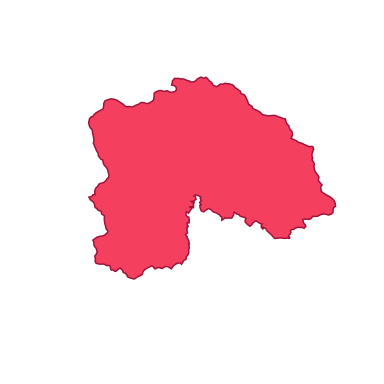 Tram Tau, Yên Bái, Vietnam, rotated 126°
{"feature_id": "81297802B29855819440848", "entity_name": "Tram Tau", "entity_type": "district", "adm_level": 2, "iso_a3": "VNM", "parent_name": "Vietnam", "parent_adm1": "Yên Bái", "projection": "equal_earth", "projection_center": [104.472, 21.51], "detail": "fine", "context": "isolated", "style": "filled", "palette": "rose", "viewbox_px": 384, "rotation_deg": 126, "n_neighbors": 0, "source": "geoboundaries", "source_scale": "gbopen_adm2", "svg_char_len": 6013}
<svg xmlns="http://www.w3.org/2000/svg" viewBox="0 0 384 384"><g transform="rotate(126 192 192)"><path d="M240.5,271.9L242.9,271.7L245.4,272.1L246.3,271.9L248.6,271.1L250.1,270.0L251.1,268.9L252.3,270.5L254.7,270.6L256.7,272.4L257.7,270.7L258.0,269.8L258.2,265.8L258.6,264.8L259.8,263.0L261.2,261.8L261.4,260.9L261.4,259.2L261.9,257.3L261.7,256.3L261.1,254.7L261.7,253.4L262.5,252.8L263.0,251.6L262.7,250.3L262.9,248.6L265.4,247.2L268.3,244.5L272.4,239.6L272.7,238.6L272.8,237.4L273.3,236.9L273.6,236.7L275.7,236.7L278.3,237.4L280.4,238.7L281.8,240.4L284.6,242.4L289.2,243.9L290.4,241.9L292.7,240.0L293.5,238.2L294.0,236.2L295.6,234.4L296.1,233.4L297.5,233.3L298.6,232.8L300.3,233.1L301.1,232.9L301.5,232.5L302.3,231.2L304.5,230.0L305.7,228.6L306.0,227.6L305.3,225.6L304.2,223.6L302.5,221.6L301.9,220.1L301.8,218.0L299.9,215.5L300.3,214.5L302.5,212.0L302.5,211.3L301.4,210.0L301.6,207.9L301.5,207.6L300.4,206.7L298.4,206.4L295.6,205.3L295.9,204.6L296.2,202.0L297.5,200.3L297.5,199.5L296.6,198.3L296.7,197.8L297.5,196.6L297.3,195.3L298.1,194.9L298.6,194.3L297.9,191.6L296.6,188.0L295.8,187.2L293.3,186.5L288.3,183.8L287.2,183.9L285.7,184.7L283.0,184.7L280.0,183.6L275.8,181.4L275.3,180.8L275.2,179.4L275.7,178.5L276.0,176.7L274.8,176.2L272.6,174.4L272.4,174.2L272.0,172.6L271.3,171.0L269.7,170.6L268.2,169.8L267.4,169.0L266.9,168.1L266.5,166.9L266.3,163.6L262.0,163.6L260.0,162.7L258.9,162.7L258.5,161.7L257.1,160.9L256.5,160.2L256.4,158.9L256.6,158.0L251.9,158.3L251.3,158.1L250.7,157.5L249.8,157.3L247.7,158.6L245.8,158.4L243.7,158.7L242.2,159.5L240.4,161.0L239.4,161.0L238.6,161.5L236.6,163.5L235.9,163.4L235.6,163.6L235.6,164.7L234.4,164.8L233.1,166.3L233.0,167.1L232.3,167.6L232.2,169.0L231.0,169.7L230.6,171.5L230.2,172.2L229.8,172.3L228.2,171.6L227.5,171.7L225.9,173.7L224.7,174.1L224.0,175.6L223.5,175.6L222.6,174.8L222.2,174.8L221.8,175.3L221.2,176.7L219.7,178.0L219.4,177.9L218.9,176.3L218.7,176.2L215.8,178.0L215.4,178.9L214.3,179.6L214.6,181.3L214.5,182.8L213.5,183.8L212.3,184.5L211.3,185.0L211.1,184.1L211.2,182.4L205.1,182.6L205.0,183.4L205.6,184.7L205.4,185.1L203.7,183.1L204.0,182.1L203.9,181.7L203.0,182.1L200.9,183.7L199.5,184.1L199.6,184.5L200.3,185.6L200.0,186.8L199.5,185.6L198.5,185.7L198.3,184.8L197.4,185.0L195.4,184.4L194.8,185.7L194.2,185.9L193.9,186.5L193.9,187.6L194.1,188.8L193.5,187.8L193.0,187.4L192.2,187.3L191.9,187.1L190.7,182.4L192.4,181.6L192.5,180.5L193.3,180.3L193.5,179.3L195.2,179.7L196.2,179.5L196.5,177.6L197.1,177.0L197.4,176.9L197.9,177.8L198.1,177.9L198.8,177.4L200.4,175.7L201.3,174.3L201.8,173.4L201.7,172.4L201.1,170.8L199.3,170.4L195.6,168.9L195.2,167.0L195.2,165.8L195.6,163.2L194.5,159.5L194.6,158.2L194.3,156.2L194.9,154.9L194.8,153.4L196.3,151.9L197.3,151.3L195.0,150.3L193.8,150.3L193.3,150.0L193.1,148.7L192.2,148.2L189.8,144.5L186.2,144.8L184.4,145.8L183.3,145.9L183.6,143.0L182.7,140.9L183.1,139.7L183.1,138.8L182.8,137.4L181.7,134.5L181.6,133.1L181.9,132.8L183.8,132.3L184.9,131.5L185.6,128.6L185.7,125.1L184.5,124.5L180.9,124.5L177.7,123.4L177.7,122.1L177.5,118.7L177.2,117.3L176.6,116.4L178.4,116.2L179.7,115.3L180.0,114.7L180.3,112.9L179.6,113.1L179.2,113.9L178.7,113.9L178.3,110.9L179.4,108.1L180.0,102.4L181.0,98.2L180.9,97.7L177.1,93.4L175.1,89.8L173.3,87.9L172.4,86.2L172.0,85.9L171.6,86.0L171.2,86.7L170.9,88.1L170.5,88.3L168.0,87.8L166.5,88.2L165.7,89.3L165.2,89.7L164.3,89.5L163.7,89.2L162.4,87.6L160.6,87.2L158.4,85.7L155.9,81.9L155.5,80.0L154.7,80.0L153.1,79.6L152.5,80.3L151.9,81.2L151.6,83.0L151.2,83.9L150.3,84.8L149.5,86.0L148.8,86.1L148.2,85.7L147.2,83.9L146.4,83.2L145.5,81.4L143.7,80.1L140.7,80.1L140.6,79.6L138.0,76.3L135.2,74.8L134.0,74.4L132.1,72.2L130.1,67.7L127.5,66.1L125.4,66.0L123.2,67.7L121.7,68.1L120.1,67.9L119.1,67.5L117.2,69.3L116.2,70.5L115.4,72.1L114.9,74.4L114.8,78.5L115.1,79.0L115.7,86.1L115.5,87.7L112.9,90.4L111.9,90.9L109.9,90.9L108.7,95.7L108.2,96.6L106.9,97.5L105.7,97.7L105.0,98.6L102.9,104.9L100.2,107.9L99.6,108.4L97.9,109.2L97.3,109.8L96.1,111.8L95.6,113.5L95.1,114.1L94.1,114.0L91.6,116.8L91.0,117.1L88.4,118.1L85.9,118.7L84.5,120.6L84.3,121.0L84.4,121.6L86.4,123.8L87.6,129.2L87.9,131.4L89.3,135.4L89.1,137.6L90.5,143.4L88.2,143.8L86.8,144.3L85.2,145.6L84.2,146.9L83.5,149.7L82.4,151.9L81.3,152.8L81.3,154.5L80.3,156.7L78.1,159.3L78.0,159.8L79.3,161.9L79.3,163.1L79.6,164.4L80.3,165.9L80.7,167.9L81.5,170.2L82.4,171.5L85.4,174.8L87.9,180.1L87.9,180.8L87.4,183.5L87.8,187.8L88.7,191.4L88.6,192.0L87.5,193.6L87.6,197.7L83.8,203.7L82.7,206.4L82.6,207.0L83.3,209.0L83.5,210.3L82.0,212.1L82.2,214.2L82.0,217.1L82.3,218.0L82.3,218.6L81.6,220.6L81.5,222.2L82.6,225.5L83.7,227.1L84.4,228.9L87.1,230.9L87.8,232.2L88.2,232.5L89.0,233.0L91.7,233.5L92.2,234.1L92.9,235.8L93.2,237.1L93.2,237.8L91.8,240.7L91.9,243.2L90.9,247.5L91.1,248.3L92.8,249.1L93.1,249.5L93.8,252.2L94.2,252.7L95.7,253.2L97.1,254.0L100.2,254.4L103.2,256.6L103.7,257.5L103.8,259.6L104.5,261.1L105.2,264.3L106.3,266.6L107.2,267.7L108.3,270.2L109.9,272.0L110.2,272.9L113.4,273.1L117.5,271.3L116.8,270.0L116.4,268.6L116.5,266.8L116.9,266.2L118.0,265.0L118.6,264.7L119.9,264.7L121.6,265.5L123.8,267.6L124.3,269.2L124.7,271.7L126.4,273.0L127.2,274.0L128.2,277.0L129.5,278.3L131.4,279.6L133.3,280.5L134.4,280.6L137.9,278.3L140.3,277.2L142.4,277.7L145.7,279.2L147.3,281.0L148.1,283.6L149.1,285.4L150.4,286.2L152.0,286.6L154.8,288.4L157.3,289.6L159.2,291.4L159.5,293.0L161.3,294.6L161.6,295.4L161.7,296.9L161.5,300.5L161.8,304.7L161.8,306.5L162.3,307.9L162.4,308.7L164.1,312.2L166.1,313.8L169.4,316.0L172.3,315.4L174.3,314.0L177.0,312.8L184.3,316.2L186.8,316.7L188.9,316.6L190.1,317.5L191.6,317.9L192.9,318.0L196.0,316.7L197.4,315.6L199.4,313.1L199.9,311.9L200.2,309.9L200.8,308.8L201.9,307.9L207.5,301.9L208.9,301.1L210.1,300.8L211.0,299.9L211.1,298.8L212.3,297.9L213.2,295.8L214.4,294.2L216.1,290.4L217.8,289.0L219.1,284.8L218.5,283.0L220.5,281.2L221.8,279.0L222.5,275.7L223.5,273.4L226.2,270.3L227.1,268.8L228.1,268.6L229.1,268.1L231.1,268.5L233.7,268.3L236.4,269.2L239.5,271.6L240.5,271.9Z" fill="#f43f5e" stroke="#9f1239" stroke-width="1.5"/></g></svg>